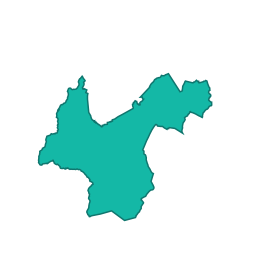 the district of Atzacan, Veracruz, Mexico, rotated 226°
{"feature_id": "50627088B93349532153304", "entity_name": "Atzacan", "entity_type": "district", "adm_level": 2, "iso_a3": "MEX", "parent_name": "Mexico", "parent_adm1": "Veracruz", "projection": "natural_earth1", "projection_center": [-97.077, 18.934], "detail": "fine", "context": "isolated", "style": "filled", "palette": "teal", "viewbox_px": 256, "rotation_deg": 226, "n_neighbors": 0, "source": "geoboundaries", "source_scale": "gbopen_adm2", "svg_char_len": 5790}
<svg xmlns="http://www.w3.org/2000/svg" viewBox="0 0 256 256"><g transform="rotate(226 128 128)"><path d="M181.9,82.1L180.7,81.5L179.2,80.4L179.3,79.7L178.8,79.0L178.2,79.0L177.6,78.3L177.5,77.6L176.9,77.2L175.8,77.0L175.2,76.7L175.1,76.0L175.2,75.6L174.7,75.4L173.7,73.6L174.8,72.0L174.5,71.6L175.7,70.2L176.1,69.4L177.2,68.8L176.9,67.2L177.4,66.0L177.8,65.3L178.4,63.9L177.6,62.5L176.9,61.1L176.2,60.4L175.2,60.0L174.5,59.1L173.7,57.4L172.5,55.8L172.1,54.9L172.8,52.3L172.2,51.6L172.1,50.2L172.4,49.4L172.5,48.4L172.1,47.9L171.7,47.8L171.0,46.7L170.4,46.1L169.5,44.1L168.2,42.9L167.6,42.1L166.8,41.1L166.2,40.9L165.3,39.7L164.6,39.5L163.6,39.4L162.9,39.1L162.1,39.4L161.2,40.3L161.4,41.3L161.4,41.7L159.2,44.8L159.2,44.7L158.5,45.0L158.2,46.3L158.2,47.3L157.6,49.6L156.7,50.9L157.0,51.3L156.6,51.7L156.1,51.2L155.6,51.2L153.8,50.8L153.8,50.6L152.6,50.7L151.3,51.2L150.8,51.8L150.8,52.2L147.3,52.3L146.9,51.8L146.4,51.6L145.8,51.6L145.2,52.0L144.5,52.6L143.8,53.8L142.6,54.1L142.0,54.4L141.7,54.8L142.1,55.5L141.9,55.5L140.8,56.8L140.9,57.0L139.7,57.1L138.6,57.5L138.2,58.2L136.4,59.8L135.7,60.7L134.5,61.5L133.9,62.9L132.4,63.5L131.9,64.3L130.9,64.7L130.2,64.7L129.4,64.4L128.5,65.0L125.6,65.2L124.4,64.9L123.9,65.1L121.9,64.8L121.2,64.5L120.8,64.6L120.0,65.1L119.0,64.9L118.0,64.9L117.5,64.5L117.1,64.6L116.8,63.9L115.9,63.6L114.9,64.3L113.0,64.5L111.8,63.7L112.0,62.7L112.2,62.4L112.2,61.9L111.8,61.1L112.0,60.1L111.9,58.2L111.5,57.0L110.7,55.7L109.5,55.4L108.1,54.5L107.2,54.5L106.5,53.4L105.6,52.7L105.6,51.8L104.5,50.6L102.5,50.3L101.8,49.9L100.8,48.4L100.7,48.0L99.4,46.1L98.0,44.5L97.5,43.4L97.2,42.3L96.8,41.0L96.2,40.0L93.4,38.9L92.3,39.2L91.8,38.8L91.1,38.6L90.6,39.2L90.3,40.6L89.5,41.9L85.3,48.4L79.8,58.6L63.9,61.3L58.4,71.2L59.1,72.8L59.4,72.9L59.4,73.9L59.9,76.6L59.8,78.1L60.5,79.3L60.7,80.7L61.0,81.7L62.3,82.8L63.0,85.5L63.1,86.4L63.4,87.2L63.9,87.4L65.9,87.6L66.8,87.6L67.2,87.5L67.4,88.2L68.0,88.6L67.1,92.0L66.6,93.2L67.3,95.3L67.7,98.9L67.6,101.1L66.4,102.9L66.4,103.4L66.5,104.3L66.8,104.9L67.4,105.5L69.4,106.3L73.6,107.5L77.6,114.6L78.9,114.1L80.6,114.3L83.2,115.2L86.3,115.8L87.7,116.7L89.4,117.4L92.1,118.8L92.7,119.2L93.9,120.5L96.1,121.7L96.9,121.8L97.7,121.5L98.4,121.5L100.3,123.4L102.0,123.4L106.0,132.6L107.3,136.3L108.6,139.6L110.1,144.0L111.0,147.9L111.3,150.3L110.5,151.0L108.9,150.6L106.4,152.6L105.2,153.9L102.9,154.2L99.9,155.1L100.2,156.1L99.3,156.8L99.7,157.9L95.2,161.4L86.3,163.7L87.3,164.0L88.4,164.6L89.3,165.8L90.2,167.4L90.7,167.6L91.7,168.7L93.3,171.0L93.9,173.8L94.4,175.0L96.1,175.8L96.0,177.4L95.4,179.2L95.6,179.8L96.0,180.4L96.1,181.1L95.9,181.2L95.9,182.1L96.3,183.4L96.7,183.9L96.4,184.3L95.7,184.2L94.0,185.2L91.4,186.3L87.4,187.5L86.3,188.0L84.0,188.7L84.2,189.3L85.4,190.4L85.7,191.1L86.3,191.8L86.7,192.7L86.7,194.1L87.1,195.9L86.9,197.4L86.5,198.1L86.5,199.1L87.1,201.5L86.6,203.0L86.2,203.4L86.3,204.1L86.5,204.3L88.5,206.1L88.9,205.7L89.2,205.6L89.9,205.6L90.7,205.4L91.7,205.4L91.7,205.6L92.4,205.8L93.0,206.7L93.1,207.9L93.4,207.9L93.4,209.5L93.6,209.9L94.5,210.5L94.9,210.6L95.0,210.4L96.3,210.3L97.6,210.7L98.4,211.7L98.3,213.2L98.6,213.2L98.9,213.6L100.0,214.6L101.7,214.8L103.0,215.5L103.8,215.7L107.0,217.4L108.2,216.9L108.1,216.4L108.8,215.1L109.0,215.0L109.0,214.3L110.1,212.2L110.4,211.6L111.1,211.0L111.1,210.5L111.5,210.4L111.8,210.7L112.4,211.1L112.4,210.6L114.8,210.4L114.8,207.8L115.3,207.4L115.3,206.2L116.0,205.6L121.9,201.9L121.6,200.7L121.3,200.3L121.2,200.0L120.1,196.8L120.1,196.5L118.1,194.1L117.9,193.7L117.2,193.1L117.1,192.5L117.9,190.6L139.0,194.8L139.3,194.1L139.6,193.2L139.8,192.9L140.2,192.0L140.4,190.5L141.3,189.4L142.6,188.6L142.0,186.8L142.4,185.6L143.2,184.7L143.2,184.4L143.9,183.2L143.8,182.6L144.0,182.4L143.9,181.9L144.3,180.9L144.2,180.4L143.8,179.3L143.5,177.9L143.7,177.4L143.6,175.0L142.8,172.3L142.3,172.1L141.6,158.3L140.4,159.7L139.8,159.5L139.1,158.9L138.3,158.9L137.9,159.2L137.6,156.6L137.6,156.0L138.0,155.3L138.0,154.3L137.4,153.5L136.3,152.8L136.5,152.3L136.8,152.0L137.2,151.8L137.5,152.0L138.5,152.0L138.7,151.5L139.8,151.9L139.8,152.0L141.1,152.7L141.5,152.4L142.5,152.1L142.3,151.5L142.6,151.3L142.5,151.0L142.2,150.2L142.5,149.6L142.1,149.0L141.6,148.8L141.9,147.7L140.3,146.5L139.3,146.2L138.5,145.2L141.6,133.6L143.0,128.8L143.7,124.5L144.8,122.4L144.5,122.0L143.8,121.6L144.3,120.1L144.6,120.3L145.0,119.4L144.9,119.3L145.2,118.6L145.3,118.6L145.8,117.6L146.3,117.0L145.0,115.7L146.9,113.4L146.7,113.1L147.7,111.3L146.9,111.0L147.0,110.0L147.5,109.7L149.5,109.7L149.8,109.5L150.4,109.5L150.6,109.3L151.1,109.4L151.4,109.1L153.6,109.0L153.8,108.5L154.5,108.9L154.8,108.4L155.3,108.1L155.6,108.1L155.6,108.3L155.8,108.1L156.1,108.3L155.9,108.6L156.2,108.8L156.4,108.6L156.5,108.8L156.7,108.4L156.9,108.6L158.2,108.0L159.4,108.0L161.6,108.9L162.6,109.6L166.5,110.6L176.8,118.8L179.3,121.2L180.7,123.1L182.8,122.2L183.1,122.8L183.3,123.5L184.0,124.8L186.4,123.9L186.2,123.6L186.3,123.4L187.0,122.9L187.1,122.7L187.7,122.7L187.8,123.2L188.7,123.3L189.3,125.4L189.8,126.5L190.6,127.3L191.3,127.5L191.8,127.9L191.8,128.3L191.6,128.9L191.8,129.9L192.0,130.1L194.9,130.4L196.3,130.9L197.1,131.0L196.8,128.7L196.7,128.0L196.9,127.5L196.8,126.8L196.0,124.8L195.4,124.2L194.1,123.7L193.3,123.0L192.7,121.9L192.6,121.4L192.5,120.9L192.0,119.0L192.0,118.2L192.1,117.6L192.9,116.4L193.8,115.6L194.0,114.9L195.0,114.2L196.3,114.4L196.9,114.1L197.5,113.3L197.6,112.5L196.5,110.1L196.3,109.8L195.3,109.7L193.5,108.4L192.4,106.8L192.1,105.9L190.8,104.5L190.8,103.8L190.6,102.6L189.9,101.4L189.8,100.1L189.9,99.5L190.3,99.2L190.4,98.9L190.3,97.2L191.0,96.4L191.2,95.3L190.1,92.5L189.7,90.4L189.0,90.9L188.7,89.6L189.1,89.3L188.6,88.5L188.1,86.9L187.8,86.4L186.5,85.6L185.3,83.9L184.3,84.3L183.1,83.9L182.0,82.8L181.9,82.1Z" fill="#14b8a6" stroke="#0f766e" stroke-width="1.5"/></g></svg>